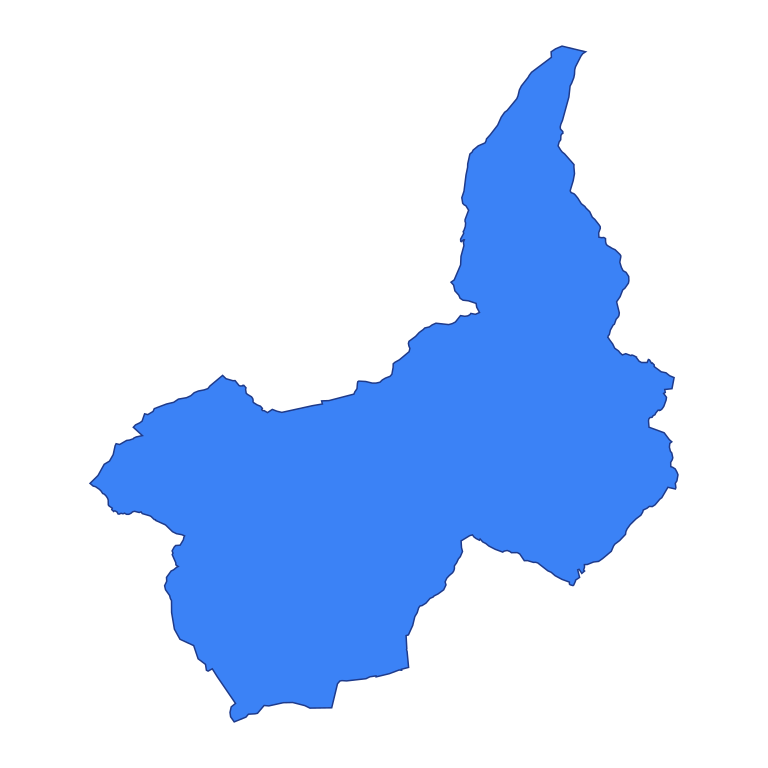 outline of Albestii De Arges, Arges, Romania
{"feature_id": "2599482B24655595940767", "entity_name": "Albestii De Arges", "entity_type": "district", "adm_level": 2, "iso_a3": "ROU", "parent_name": "Romania", "parent_adm1": "Arges", "projection": "natural_earth1", "projection_center": [24.684, 45.238], "detail": "fine", "context": "isolated", "style": "filled", "palette": "blue", "viewbox_px": 768, "rotation_deg": 0, "n_neighbors": 0, "source": "geoboundaries", "source_scale": "gbopen_adm2", "svg_char_len": 6106}
<svg xmlns="http://www.w3.org/2000/svg" viewBox="0 0 768 768"><path d="M675.4,489.0L675.9,487.6L675.3,483.3L676.9,480.9L678.0,474.8L677.0,472.2L675.2,468.9L672.7,467.3L670.8,466.6L670.7,462.4L672.2,459.8L672.8,457.8L671.8,453.0L670.4,451.2L669.4,447.2L669.8,443.4L671.8,441.8L669.3,439.6L664.2,432.8L649.0,427.2L648.5,420.8L648.8,419.0L649.9,417.6L652.1,417.3L653.1,415.7L655.0,414.7L655.6,413.3L658.0,410.2L659.3,410.1L659.4,410.5L660.5,410.2L662.0,409.0L663.8,406.4L666.1,400.1L666.5,397.3L663.6,393.4L665.3,392.5L664.7,389.5L672.0,388.7L674.1,377.6L669.6,375.7L666.0,372.8L661.2,371.8L654.2,366.6L654.2,364.9L652.2,362.9L651.5,363.2L649.5,359.9L648.4,359.5L647.1,362.5L641.5,362.5L639.1,361.2L636.4,357.6L636.5,357.1L633.6,355.6L631.9,355.0L631.0,355.6L625.8,353.7L622.3,354.9L619.9,352.7L618.6,351.0L614.7,348.2L612.7,344.0L609.3,339.4L608.5,338.0L607.8,337.5L608.2,335.9L609.3,334.6L610.4,330.0L613.2,325.0L614.4,324.2L616.1,319.3L618.4,316.7L619.0,315.3L619.3,312.8L616.6,301.8L620.1,296.7L622.7,290.0L624.9,288.2L628.4,283.2L628.9,280.7L628.7,276.5L626.1,272.4L623.1,270.7L621.4,267.4L619.8,262.2L620.8,256.9L620.8,255.8L620.0,254.5L615.1,249.7L612.4,248.5L607.2,245.4L606.1,243.9L605.6,241.8L605.5,238.5L603.8,237.5L601.7,237.7L598.9,237.2L598.7,232.8L600.3,228.4L600.2,226.6L599.2,225.0L594.9,219.5L592.3,217.2L589.7,211.7L586.0,208.1L584.9,206.5L581.3,203.7L577.8,198.1L575.3,195.0L573.9,193.7L571.1,192.6L570.2,190.9L570.4,190.0L573.2,180.7L574.5,173.7L573.9,166.8L574.0,164.6L564.6,153.9L562.2,152.0L560.7,150.1L558.1,145.9L559.1,142.0L560.7,139.8L560.9,135.5L561.7,134.0L562.9,133.3L562.8,131.6L560.5,129.1L560.2,127.0L560.8,124.4L562.5,120.3L568.9,97.0L570.1,86.0L571.6,83.3L573.8,77.7L574.5,74.2L574.7,69.8L575.5,66.8L580.9,56.2L582.7,53.7L585.6,51.8L562.0,46.1L555.6,48.8L551.1,51.8L551.4,57.3L531.5,72.3L529.2,75.4L528.1,77.4L521.4,85.9L519.4,89.9L518.0,95.8L516.8,98.7L507.1,110.5L504.6,112.3L501.2,117.2L497.7,125.1L490.2,134.8L486.5,138.9L486.0,141.0L485.0,142.9L478.3,145.8L473.1,150.1L472.2,152.0L469.9,154.0L467.7,163.9L467.6,167.3L466.0,175.0L464.0,191.1L461.8,197.7L462.7,203.3L464.1,204.8L465.9,205.8L468.6,210.2L465.1,219.5L465.0,221.2L465.6,223.0L465.3,226.5L463.9,230.6L463.2,231.4L463.7,233.4L460.6,239.1L460.7,241.2L461.2,241.7L463.6,239.8L464.3,239.8L463.4,242.1L463.9,245.7L461.0,256.3L460.6,264.9L454.2,279.9L451.0,282.2L453.6,285.1L454.9,290.9L458.8,295.2L460.1,298.3L463.0,300.2L468.4,300.8L476.1,303.4L476.7,307.2L479.5,312.5L475.4,314.3L470.8,313.4L470.0,314.6L467.7,315.9L464.8,316.3L460.5,315.6L455.4,322.0L452.3,323.6L448.7,324.6L435.9,323.2L432.1,324.9L429.4,326.9L424.7,328.0L423.3,329.5L419.2,332.5L415.6,336.4L409.0,341.3L408.4,343.4L408.9,346.0L409.9,348.4L409.1,351.7L399.4,359.8L394.9,362.3L393.2,363.8L393.1,367.5L391.9,374.2L390.1,376.3L385.4,378.1L382.2,380.0L380.0,382.2L375.9,383.1L372.3,383.1L365.7,381.5L358.8,381.1L357.8,381.7L357.4,383.5L357.0,388.7L354.8,391.9L353.9,394.1L328.9,400.6L321.6,400.9L322.4,404.0L312.8,405.6L281.8,412.4L276.9,411.2L272.3,409.4L267.5,412.6L264.1,410.6L262.7,410.6L261.7,409.6L262.4,408.4L260.5,406.2L257.2,404.9L253.7,402.7L253.0,401.8L253.1,400.1L252.7,398.5L251.5,396.8L247.5,394.4L246.2,393.2L245.6,389.4L246.0,387.8L243.8,385.3L242.8,385.4L242.8,385.8L240.4,386.0L239.1,385.6L235.1,380.6L232.9,380.7L226.0,378.7L222.6,375.4L209.9,386.0L207.9,388.6L204.1,389.9L198.4,391.0L194.2,392.7L190.9,395.7L186.5,397.7L178.4,399.1L173.7,402.3L166.5,404.0L154.3,408.6L153.1,411.4L147.8,414.6L144.6,413.8L142.1,421.1L139.8,422.8L135.5,424.9L133.3,427.3L142.4,435.6L136.3,436.9L133.9,438.0L133.2,438.8L129.4,440.1L126.7,440.4L119.6,444.5L116.1,443.7L115.1,445.8L113.2,454.6L109.5,461.1L104.2,464.3L98.0,475.5L90.0,483.4L93.2,486.1L95.4,486.6L99.2,489.2L100.9,490.8L102.7,493.5L104.0,494.0L105.7,495.5L107.4,497.9L108.2,499.9L108.3,504.9L109.0,505.9L112.3,508.2L111.7,509.6L113.7,511.5L114.2,510.9L115.3,511.0L117.0,512.0L118.1,514.0L119.3,514.1L121.0,513.3L123.0,513.8L124.6,513.2L126.5,514.3L128.9,514.3L131.1,513.2L132.6,511.8L134.6,511.3L139.2,512.5L141.0,511.9L142.3,513.6L149.8,515.8L151.0,516.4L154.3,519.6L155.5,519.7L155.8,520.5L165.5,524.9L172.5,531.7L176.5,533.7L181.9,534.7L184.6,535.9L183.9,537.2L183.3,539.9L180.1,545.2L175.7,545.5L174.3,546.9L172.1,550.9L173.0,553.1L172.2,554.6L175.8,562.8L175.9,564.9L178.2,566.5L176.6,567.3L173.6,569.8L171.1,571.0L166.5,577.4L166.7,581.3L164.6,585.7L165.5,589.7L169.6,595.5L170.4,598.6L171.5,600.6L171.6,612.5L174.4,629.2L180.0,639.3L193.7,645.6L198.1,658.8L205.5,664.4L206.4,670.2L208.1,671.1L212.3,668.8L217.2,676.6L235.5,703.4L231.2,706.9L230.0,712.4L230.6,716.8L234.2,721.9L246.0,717.1L248.4,714.2L255.1,713.8L257.5,713.3L264.1,705.5L268.9,705.9L283.3,702.7L292.7,702.5L304.8,705.6L309.9,708.1L331.7,707.8L337.5,683.8L339.9,681.0L341.9,680.6L346.6,680.9L366.0,678.7L369.9,676.8L376.0,675.9L376.1,676.9L389.3,673.7L399.1,670.0L401.6,670.2L401.4,669.3L408.6,667.4L407.1,651.5L406.5,649.5L406.8,648.8L406.1,635.6L408.4,634.9L412.7,625.5L414.8,616.7L417.2,612.7L418.7,607.7L420.1,605.9L422.0,605.6L426.0,603.1L430.0,598.4L433.2,597.0L434.1,595.9L438.1,593.9L443.7,589.8L446.0,584.9L445.1,581.9L446.8,578.2L449.2,575.6L452.6,572.7L453.8,570.8L454.4,568.7L454.4,565.9L456.6,562.8L458.4,558.9L460.3,556.7L462.5,551.5L461.5,547.6L461.1,540.9L469.8,535.6L472.5,534.9L474.0,537.0L476.2,538.6L479.4,540.2L480.1,539.0L482.7,541.9L485.8,543.5L488.8,546.0L495.2,549.3L502.7,552.1L504.2,551.1L507.2,550.5L509.9,551.5L511.4,552.7L517.3,552.6L519.8,554.0L524.3,560.7L527.5,560.6L533.5,562.4L535.6,562.3L537.7,562.9L547.8,570.8L551.2,572.3L555.1,575.7L562.0,579.4L569.4,582.1L569.4,584.0L570.2,584.8L573.0,585.6L573.7,585.1L575.4,581.3L575.6,580.1L579.6,577.4L577.7,569.8L579.1,569.3L581.8,573.4L584.6,571.0L583.6,570.0L584.5,567.2L584.4,564.6L587.3,564.5L593.6,562.0L598.6,561.4L602.6,558.6L611.3,551.3L613.6,545.9L614.9,544.1L619.6,540.6L625.5,534.4L625.9,531.6L627.1,528.9L630.2,524.6L636.0,518.9L640.9,515.2L642.7,512.1L643.3,510.0L647.1,508.2L649.3,506.4L652.3,506.6L655.1,504.8L659.9,499.1L661.8,497.7L667.9,487.3L675.4,489.0Z" fill="#3b82f6" stroke="#1e3a8a" stroke-width="1.5"/></svg>